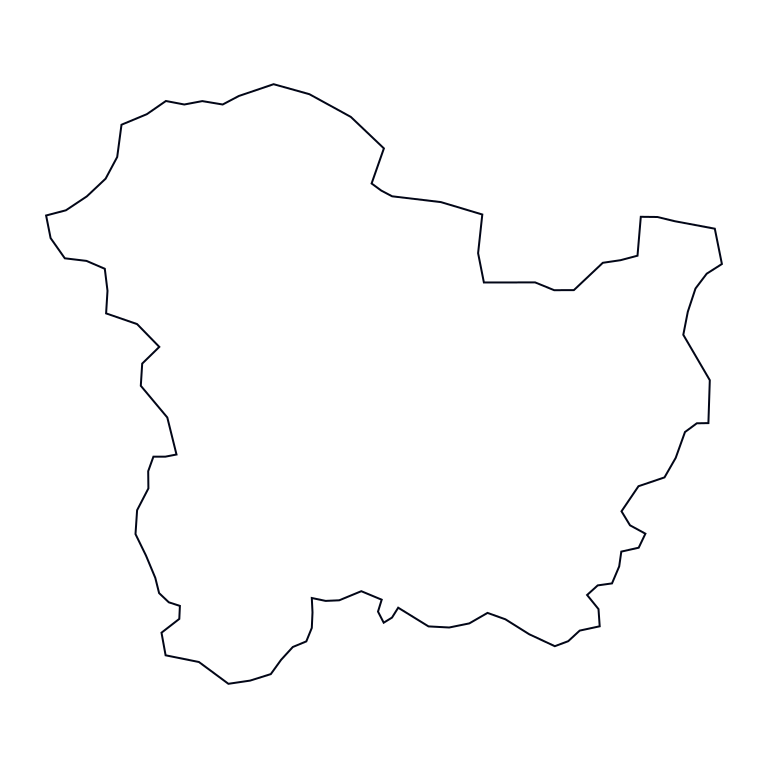 the border of Targovishte
{"feature_id": "BGR-2257", "entity_name": "Targovishte", "entity_type": "Province", "adm_level": 1, "iso_a3": "BGR", "parent_name": "Bulgaria", "parent_adm1": "", "projection": "robinson", "projection_center": [26.357, 43.248], "detail": "fine", "context": "isolated", "style": "outline", "palette": "ink", "viewbox_px": 768, "rotation_deg": 0, "n_neighbors": 0, "source": "natural_earth", "source_scale": "10m", "svg_char_len": 1438}
<svg xmlns="http://www.w3.org/2000/svg" viewBox="0 0 768 768"><path d="M383.7,622.7L378.0,611.6L381.7,599.7L361.3,591.2L339.2,600.3L325.6,600.9L311.8,598.0L312.5,612.4L311.8,627.9L306.3,641.4L292.8,647.0L281.1,659.8L270.8,674.1L250.1,680.6L228.4,683.8L198.9,662.0L165.6,655.3L161.5,632.7L179.3,618.9L179.9,605.9L168.8,602.3L159.1,593.1L155.3,577.9L146.0,555.6L135.5,534.1L137.1,510.2L148.4,488.4L148.2,471.2L153.4,456.7L165.2,456.7L176.5,454.5L167.3,417.5L140.8,385.8L142.2,363.6L159.3,346.9L137.1,324.1L106.1,313.4L107.5,290.8L104.8,268.8L86.5,260.9L64.8,258.3L50.6,238.1L46.1,215.5L65.9,210.3L86.8,196.4L105.6,178.7L117.2,157.0L121.5,124.7L146.8,114.2L165.9,101.0L184.3,104.5L202.3,101.1L222.7,104.5L238.8,96.0L273.6,84.2L309.4,94.2L350.8,116.9L383.9,148.4L371.6,183.5L381.3,190.6L392.1,196.3L440.9,202.1L482.3,214.5L478.1,253.2L483.9,282.5L535.1,282.4L554.2,290.2L573.9,290.1L602.8,262.8L620.5,260.2L637.5,255.7L640.8,216.8L657.4,217.0L674.7,221.2L714.8,228.7L721.9,264.0L706.7,273.7L695.5,288.5L687.8,311.8L683.3,334.8L709.8,380.2L708.4,423.1L696.8,423.3L685.0,432.0L675.7,457.9L664.5,477.4L638.5,486.2L621.5,511.3L630.0,525.3L645.4,533.7L638.7,547.7L621.3,551.6L619.2,566.4L612.0,583.4L597.7,585.4L587.1,595.0L598.5,609.1L599.7,626.3L579.7,630.6L568.2,641.2L554.8,646.2L529.3,634.3L505.4,619.3L487.5,612.9L469.3,623.4L449.2,627.5L428.5,626.4L398.2,607.7L392.0,617.6L383.7,622.7Z" fill="none" stroke="#020617" stroke-width="2"/></svg>